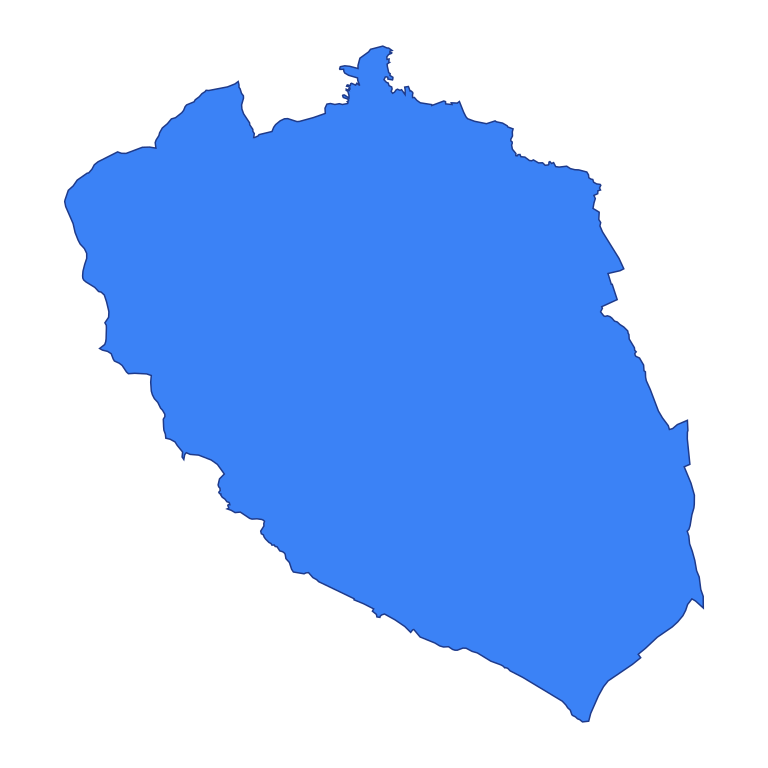 the district of Solont, Bacau, Romania
{"feature_id": "2599482B29549349723291", "entity_name": "Solont", "entity_type": "district", "adm_level": 2, "iso_a3": "ROU", "parent_name": "Romania", "parent_adm1": "Bacau", "projection": "orthographic", "projection_center": [26.52, 46.567], "detail": "fine", "context": "isolated", "style": "filled", "palette": "blue", "viewbox_px": 768, "rotation_deg": 0, "n_neighbors": 0, "source": "geoboundaries", "source_scale": "gbopen_adm2", "svg_char_len": 5998}
<svg xmlns="http://www.w3.org/2000/svg" viewBox="0 0 768 768"><path d="M691.0,483.2L684.2,466.8L689.9,464.3L687.3,438.8L687.4,432.1L687.9,430.6L687.4,420.3L677.3,424.6L672.6,428.6L669.4,429.5L668.3,425.7L662.4,417.8L658.4,411.0L650.3,389.6L646.3,380.7L645.6,377.2L645.4,371.8L644.0,370.7L643.6,365.0L639.5,358.0L635.8,356.3L635.1,355.0L634.8,353.5L636.2,351.8L634.7,350.3L634.4,347.7L629.2,339.0L628.9,334.4L628.2,333.5L627.7,330.9L623.8,327.0L619.9,324.5L617.3,322.0L614.5,321.1L611.8,318.0L609.9,316.6L607.4,315.8L605.1,316.4L603.8,315.9L600.6,311.9L602.4,308.3L601.7,306.7L617.2,299.6L612.2,284.3L611.3,284.3L608.0,273.5L620.1,270.7L623.8,268.8L619.0,258.4L602.5,231.9L599.9,225.9L600.7,222.6L598.8,219.5L599.2,212.2L593.0,208.4L594.0,202.9L595.3,198.6L593.9,195.4L597.7,193.7L597.9,190.8L600.5,190.0L599.5,188.0L600.8,185.3L600.1,184.4L596.6,183.9L593.6,182.2L592.8,179.5L590.7,179.0L588.8,177.7L588.5,174.8L586.8,172.0L578.8,169.9L574.8,169.7L570.4,168.6L566.7,166.2L559.1,167.1L555.7,166.6L553.6,162.6L551.6,163.5L549.9,161.6L549.0,162.1L548.8,164.4L548.3,164.9L545.2,165.3L542.6,162.8L538.5,162.9L533.4,159.9L531.6,160.8L529.4,160.5L524.9,157.1L520.9,156.7L520.0,154.5L518.1,154.6L517.1,155.9L515.8,155.6L515.9,153.5L512.4,149.2L511.6,145.0L512.2,143.5L512.2,142.0L510.9,140.9L510.8,140.2L510.8,139.3L512.5,136.0L512.3,131.9L513.1,128.9L507.9,127.0L507.2,125.8L502.6,123.1L496.4,121.8L495.1,120.9L486.5,123.7L474.6,121.3L467.6,118.7L465.9,116.7L463.7,112.3L459.4,101.5L457.3,103.1L451.3,102.8L452.0,104.5L445.7,103.9L445.5,101.6L443.8,101.0L431.8,105.5L431.7,104.6L420.3,102.8L416.9,100.4L414.4,97.5L412.6,97.6L412.5,94.9L412.9,93.1L412.5,92.2L410.8,90.8L410.1,91.0L408.4,86.5L404.7,87.1L405.2,90.2L405.1,94.6L401.6,89.7L399.9,90.3L397.5,89.2L396.1,89.9L394.5,92.2L392.6,93.3L391.2,91.4L392.1,89.0L391.7,87.0L389.0,85.6L388.2,83.0L386.5,82.4L384.0,79.7L385.3,77.0L386.3,76.8L387.8,77.3L387.9,79.1L392.5,79.9L392.8,79.0L392.9,77.3L389.9,75.4L390.2,73.7L388.7,72.6L387.4,66.6L387.1,64.1L389.5,62.4L388.8,62.2L389.1,59.0L387.0,59.4L386.8,56.9L388.6,54.5L391.6,53.3L391.7,52.8L389.9,52.6L389.9,51.2L392.1,50.5L388.7,48.1L386.8,47.9L382.8,46.1L370.5,49.3L368.6,51.9L359.9,58.2L358.0,65.4L358.0,68.5L349.7,66.3L344.7,65.8L340.3,66.7L339.6,68.9L339.9,69.4L343.6,69.3L343.9,71.4L344.7,73.0L348.6,75.3L357.5,77.9L357.8,80.6L359.4,84.6L359.4,85.0L358.5,84.7L356.9,83.2L355.6,85.1L351.6,83.3L350.8,83.6L350.3,85.6L347.6,84.9L347.0,85.2L346.6,86.2L348.6,86.6L349.9,88.0L349.9,89.0L348.9,88.9L349.2,90.4L346.2,89.2L346.2,90.4L347.8,91.2L349.0,95.5L348.9,98.0L344.5,95.0L343.1,95.0L342.6,95.6L343.3,97.5L347.6,99.0L348.5,100.0L348.5,100.7L347.2,101.6L348.0,102.3L347.7,103.5L342.4,104.5L339.3,103.7L334.9,104.5L330.4,103.5L326.9,104.1L325.0,108.2L325.3,113.4L313.3,117.6L299.5,121.4L297.0,121.6L287.7,118.6L284.4,118.8L280.2,120.8L275.6,124.6L273.7,127.3L272.0,131.5L259.1,134.6L258.0,136.0L254.6,137.5L253.7,137.5L254.3,133.6L252.9,131.4L252.8,129.3L249.7,124.7L249.6,122.9L243.6,113.8L241.9,109.0L241.6,104.9L243.5,98.2L243.4,95.8L241.5,93.3L240.1,88.8L239.0,87.3L239.0,84.9L238.2,81.5L235.0,83.9L227.5,86.9L208.8,90.5L206.1,90.3L205.0,91.7L202.0,93.6L199.2,96.8L195.2,99.8L194.1,101.8L186.6,104.9L185.1,106.7L183.6,110.4L181.8,112.7L175.5,117.7L171.4,118.9L167.4,123.7L162.3,128.0L159.6,132.8L158.9,135.6L156.1,140.0L155.2,142.6L155.9,148.1L149.6,147.1L142.3,147.3L126.1,153.4L121.4,153.3L117.6,151.9L98.0,161.8L94.3,164.8L91.9,169.3L88.7,172.9L87.1,173.2L77.2,180.1L73.2,185.9L68.3,190.3L65.1,199.7L64.7,201.6L65.7,206.6L73.1,223.6L75.1,232.5L78.1,240.1L80.2,244.1L84.4,248.6L86.7,253.4L86.7,258.4L84.7,264.4L83.0,271.1L82.6,275.8L82.8,278.1L83.7,280.0L85.9,281.9L94.8,287.4L98.6,291.5L101.1,292.1L104.3,295.0L106.6,302.0L108.5,310.0L108.9,311.9L108.6,317.3L104.9,322.8L106.3,325.3L106.4,327.9L106.1,338.8L105.7,341.7L104.7,344.5L99.6,348.5L102.4,350.1L107.6,351.4L111.2,353.7L113.2,359.0L114.4,361.0L119.2,363.2L122.1,365.4L126.5,372.0L128.4,373.7L134.7,373.3L146.6,373.9L151.3,375.5L150.7,382.1L151.3,391.1L152.4,394.8L154.4,398.7L157.8,402.4L160.6,408.2L162.5,410.2L164.8,414.2L164.9,416.6L163.3,419.2L163.6,426.8L163.9,430.1L165.4,434.3L165.8,438.2L170.0,439.2L175.0,441.9L177.2,445.4L182.6,452.0L182.1,457.0L183.8,459.5L184.7,454.6L186.3,452.7L190.2,454.4L198.6,455.1L211.2,460.0L217.4,464.4L224.3,474.0L219.5,478.9L218.1,484.9L218.7,486.8L219.9,488.1L220.2,490.5L218.8,492.2L219.5,493.6L221.0,494.1L220.8,495.0L222.2,497.2L224.9,499.1L227.0,501.8L228.9,502.3L229.4,503.0L229.8,504.7L228.2,504.7L227.8,505.6L228.7,507.4L228.7,508.2L227.2,508.9L231.2,510.3L235.1,512.6L240.3,512.1L249.7,518.4L252.0,519.1L257.0,518.8L261.9,519.5L263.5,520.3L264.5,521.3L263.8,523.4L263.9,526.0L260.7,531.1L261.3,533.7L263.4,534.9L264.1,537.0L265.5,539.0L269.0,542.5L271.0,543.5L271.9,545.1L274.2,545.0L275.2,546.5L277.0,546.7L279.8,550.9L282.6,551.7L284.5,553.1L285.2,554.4L285.9,558.6L289.4,562.5L291.6,569.3L293.4,572.0L304.1,573.8L305.9,572.9L308.5,572.6L312.9,577.6L316.7,579.7L318.7,581.7L354.1,598.7L354.0,599.8L363.5,603.7L373.7,608.9L372.4,611.2L376.4,614.4L376.9,616.9L379.9,617.4L380.3,616.1L381.7,614.9L384.5,614.0L395.1,619.9L404.8,626.5L410.7,632.4L412.6,629.9L413.8,629.5L420.1,637.0L434.9,643.0L439.7,645.9L443.5,647.0L448.5,646.7L452.5,649.4L455.0,650.2L457.3,650.2L462.9,648.1L466.1,648.2L472.1,651.4L477.3,652.9L490.9,661.2L500.7,664.8L502.8,665.9L504.9,667.9L505.7,667.6L507.8,668.4L510.2,670.9L522.8,677.4L562.3,701.2L565.9,705.0L567.7,707.8L570.3,710.2L571.8,714.6L572.5,715.4L575.5,716.9L577.5,718.8L579.8,719.7L582.5,721.9L588.7,721.2L590.7,713.4L598.5,695.7L603.5,686.7L608.1,680.9L632.4,664.4L640.7,657.7L638.2,654.3L645.6,648.2L657.3,637.2L672.3,626.9L677.8,621.8L682.9,615.7L685.7,610.3L687.6,604.5L691.9,598.9L695.4,600.9L703.3,608.0L703.2,596.3L700.8,589.5L699.2,577.0L696.6,570.7L694.8,560.4L692.3,551.3L689.6,543.8L688.8,536.0L687.2,531.2L688.9,529.4L690.1,525.7L691.9,514.8L693.9,507.9L694.3,504.2L694.4,495.2L691.0,483.2Z" fill="#3b82f6" stroke="#1e3a8a" stroke-width="1.5"/></svg>